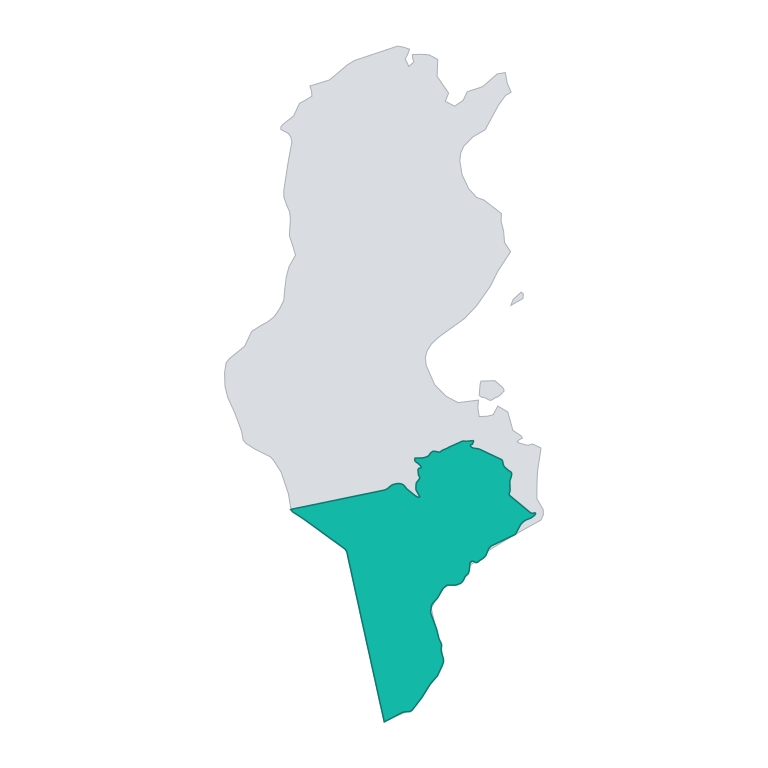 where Tataouine sits in Tunisia
{"feature_id": "TUN-98", "entity_name": "Tataouine", "entity_type": "Governorate", "adm_level": 1, "iso_a3": "TUN", "parent_name": "Tunisia", "parent_adm1": "", "projection": "mercator", "projection_center": [10.291, 31.745], "detail": "fine", "context": "in_parent", "style": "filled", "palette": "teal", "viewbox_px": 768, "rotation_deg": 0, "n_neighbors": 0, "source": "natural_earth", "source_scale": "10m", "svg_char_len": 5185}
<svg xmlns="http://www.w3.org/2000/svg" viewBox="0 0 768 768"><path d="M540.9,448.0L540.7,450.5L537.9,468.4L537.3,474.8L536.9,485.7L536.9,498.7L543.2,509.7L543.4,514.6L540.9,520.1L529.3,526.5L514.4,534.8L501.5,542.6L487.4,551.2L483.1,556.7L476.1,561.0L470.2,565.3L469.2,569.3L465.1,577.1L459.7,583.2L446.3,586.1L443.9,588.0L437.7,597.2L434.8,600.9L431.3,608.4L435.8,628.1L441.4,648.3L442.5,656.7L442.4,663.7L439.3,671.2L432.1,681.9L426.9,689.8L416.9,704.0L413.9,707.4L407.0,711.6L393.6,717.0L384.2,721.9L379.4,700.3L375.3,681.8L372.0,666.6L366.0,639.7L361.0,616.8L356.0,593.9L351.4,573.0L346.8,552.0L344.8,548.9L331.0,539.0L318.3,529.8L305.1,519.3L290.7,508.0L288.4,493.7L281.1,472.1L273.3,460.0L270.4,456.8L254.7,449.0L245.7,443.2L243.2,439.9L241.5,431.0L235.0,413.4L227.7,397.4L225.0,386.5L224.6,372.8L226.1,362.9L229.3,358.7L244.6,346.3L251.7,331.4L260.4,325.8L268.0,321.6L274.2,316.7L279.6,308.8L283.8,300.4L284.5,291.3L286.3,276.8L289.0,266.7L295.5,255.2L292.8,245.9L289.4,235.9L290.4,218.6L289.5,211.5L286.7,205.2L283.9,197.2L283.8,190.5L286.5,172.9L288.6,159.5L291.9,142.0L290.8,137.0L288.3,133.4L280.9,129.5L280.8,127.1L282.6,124.6L293.6,116.0L299.5,103.4L304.4,100.7L311.9,96.2L311.6,91.2L309.9,86.0L329.4,80.0L348.0,64.4L354.5,60.5L397.6,46.1L403.2,47.1L409.5,49.2L407.6,54.6L405.2,58.9L408.8,66.4L414.0,61.8L412.7,58.7L412.4,54.6L421.3,54.3L429.1,54.9L437.7,59.4L437.1,76.4L448.6,93.1L445.3,101.3L454.7,106.2L463.1,100.4L467.3,91.7L482.6,86.7L497.3,73.9L505.3,72.6L507.2,83.1L511.1,92.2L505.6,95.4L498.5,105.1L485.2,129.7L472.9,136.9L463.7,146.3L460.7,153.0L459.8,160.8L462.1,174.8L468.8,188.9L476.6,197.4L484.0,200.1L501.4,213.5L501.1,221.5L503.6,231.0L504.5,242.5L510.6,251.7L497.6,271.6L490.5,286.0L476.7,305.7L464.4,318.6L438.0,337.6L431.5,343.9L427.3,350.4L425.4,357.2L426.1,365.2L434.7,384.8L446.3,396.4L458.0,402.6L478.5,400.1L477.8,407.6L479.2,416.6L487.5,416.2L493.1,414.8L497.8,406.0L507.8,412.0L512.9,430.4L521.4,436.1L522.4,438.2L519.4,439.6L517.1,441.7L519.6,443.2L527.8,445.4L532.7,444.0L540.9,448.0ZM497.7,397.0L495.7,397.4L491.9,400.0L489.8,400.3L484.1,397.4L481.9,397.4L479.2,395.4L480.1,384.3L481.0,381.1L494.9,380.7L502.5,387.4L503.7,389.1L504.1,391.0L500.5,394.7L497.7,397.0ZM523.0,298.5L510.8,305.4L513.2,299.4L521.2,292.1L523.3,293.9L523.0,298.5Z" fill="#d9dde1" stroke="#a8b0b8" stroke-width="1"/><path d="M515.5,534.3L491.1,546.0L488.9,548.3L485.8,555.7L483.2,558.3L480.3,560.1L477.7,562.2L476.1,562.7L474.7,562.1L473.3,561.3L471.8,561.1L470.0,563.0L469.3,570.5L468.3,573.6L465.0,576.7L463.7,579.9L462.7,581.3L461.6,582.5L460.3,583.5L455.9,585.2L447.1,585.1L443.0,588.4L437.7,597.8L432.7,603.5L431.4,605.6L430.6,611.6L430.7,613.2L436.6,629.0L439.0,638.8L441.5,644.0L441.6,645.8L441.2,649.3L441.5,652.5L443.5,659.0L443.5,662.1L442.2,665.8L437.4,675.9L430.2,684.1L421.9,697.6L412.0,710.4L410.0,711.6L404.3,711.9L402.0,712.6L384.3,721.9L382.1,711.9L379.8,701.8L377.6,691.7L375.4,681.6L373.1,671.5L370.9,661.4L368.7,651.3L366.4,641.2L364.2,631.0L361.9,620.9L359.7,610.7L357.5,600.5L355.2,590.3L353.0,580.1L350.8,569.9L348.5,559.7L348.3,558.7L346.9,552.0L346.0,550.3L344.9,548.9L331.6,539.3L315.1,527.3L302.5,518.2L292.8,512.0L290.7,509.6L292.1,509.1L384.7,490.0L386.6,489.1L387.5,488.6L390.7,485.9L392.3,484.8L394.2,484.2L396.3,483.7L398.9,483.5L399.8,483.6L401.1,483.8L402.5,484.4L403.1,484.8L403.8,485.3L404.2,485.6L406.7,488.8L415.2,495.7L417.2,496.8L418.0,497.1L418.4,497.2L418.8,497.3L419.2,497.2L419.5,497.0L419.7,496.7L419.4,496.0L419.2,495.6L416.1,490.0L416.0,489.6L415.9,488.8L416.0,485.0L416.3,483.1L416.4,482.7L416.7,482.3L418.6,479.9L419.5,478.5L419.7,478.1L419.7,477.7L419.6,477.1L419.2,476.3L418.6,475.4L418.4,474.7L418.1,471.7L418.0,470.0L418.0,469.6L418.2,469.2L418.3,468.9L418.6,468.6L418.9,468.4L419.2,468.2L420.2,468.0L420.9,467.7L421.2,467.5L421.2,467.0L420.9,466.3L419.0,464.2L415.8,461.8L415.4,461.4L415.0,461.0L414.8,460.4L414.7,459.9L414.7,459.5L415.1,458.1L421.9,458.0L423.6,457.7L425.6,457.2L428.2,456.0L428.6,455.8L428.8,455.5L430.5,453.1L430.9,452.7L431.4,452.3L432.4,451.6L433.0,451.3L433.4,451.2L434.9,451.3L438.9,452.1L439.9,452.0L440.4,451.9L440.8,451.6L441.3,450.9L442.1,450.4L447.5,448.1L448.5,447.4L462.3,441.2L463.0,441.0L463.7,441.0L466.4,441.3L472.5,440.6L473.3,440.7L473.5,441.0L473.6,441.3L473.5,441.7L473.4,442.0L472.8,443.0L472.7,443.3L472.6,443.6L472.5,444.0L472.3,444.3L470.7,444.8L470.5,445.1L470.4,445.4L470.4,445.8L470.6,446.1L470.8,446.4L471.1,446.8L471.9,447.4L472.6,447.8L474.0,448.2L477.7,448.7L479.4,449.1L501.2,459.4L501.7,459.7L502.0,460.0L502.2,460.3L502.4,460.6L502.5,460.8L503.5,465.2L503.8,465.7L504.2,466.5L504.8,467.2L508.2,470.2L509.2,470.9L510.1,471.4L510.7,471.8L511.1,472.2L511.3,472.5L511.5,472.8L511.6,473.5L511.7,473.8L511.7,474.4L511.4,476.0L511.0,477.6L510.0,480.3L509.9,481.0L509.8,481.8L510.1,489.8L510.0,491.0L509.2,493.9L509.2,494.3L509.2,494.7L509.3,495.0L509.6,495.4L530.3,512.6L531.1,513.0L531.6,513.3L532.2,513.3L534.4,512.9L535.1,512.9L535.5,513.2L535.6,513.6L535.5,513.9L535.3,514.3L534.8,515.0L534.1,515.7L531.3,517.8L530.0,518.4L526.3,519.8L524.7,520.8L523.3,521.8L521.9,523.1L520.6,524.6L515.5,534.2L515.5,534.3Z" fill="#14b8a6" stroke="#0f766e" stroke-width="1.5"/></svg>